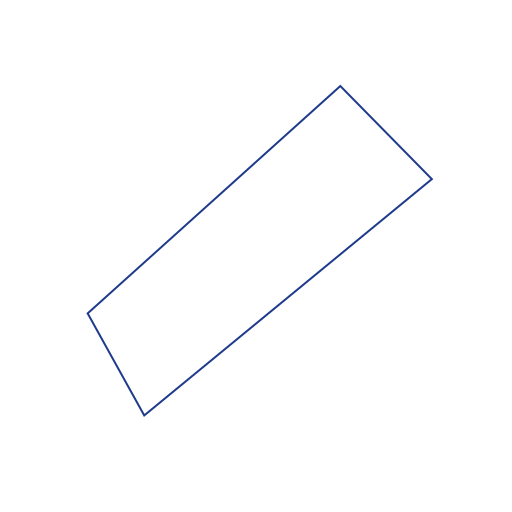 Niulakita, Tuvalu, rotated 291°
{"feature_id": "33948139B18258298455850", "entity_name": "Niulakita", "entity_type": "district", "adm_level": 2, "iso_a3": "TUV", "parent_name": "Tuvalu", "parent_adm1": "", "projection": "mercator", "projection_center": [179.471, -10.79], "detail": "fine", "context": "isolated", "style": "outline", "palette": "blue", "viewbox_px": 512, "rotation_deg": 291, "n_neighbors": 0, "source": "geoboundaries", "source_scale": "gbopen_adm2", "svg_char_len": 225}
<svg xmlns="http://www.w3.org/2000/svg" viewBox="0 0 512 512"><g transform="rotate(291 256 256)"><path d="M142.1,119.4L67.1,208.8L390.8,392.6L444.9,273.8L142.1,119.4Z" fill="none" stroke="#1e3a8a" stroke-width="2"/></g></svg>